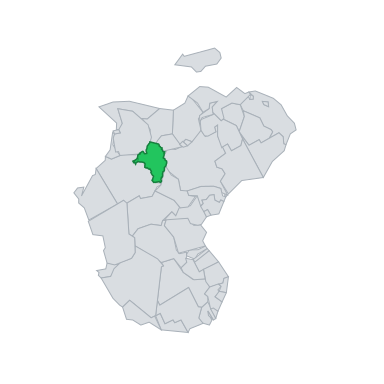 South Sudan highlighted on a map of Africa, rotated 239°
{"feature_id": "SSD", "entity_name": "South Sudan", "entity_type": "country or territory", "adm_level": 0, "iso_a3": "SSD", "parent_name": "Africa", "parent_adm1": "", "projection": "albers", "projection_center": [30.346, 7.857], "detail": "fine", "context": "in_parent", "style": "filled", "palette": "green", "viewbox_px": 384, "rotation_deg": 239, "n_neighbors": 49, "source": "natural_earth", "source_scale": "50m", "svg_char_len": 13355}
<svg xmlns="http://www.w3.org/2000/svg" viewBox="0 0 384 384"><g transform="rotate(239 192 192)"><path d="M251.9,205.1L271.7,218.2L271.9,231.7L276.3,238.0L273.3,240.0L254.7,242.5L251.5,235.2L240.2,231.5L236.1,225.1L235.0,217.9L240.3,213.8L239.0,205.8L251.9,205.1Z" fill="#d9dde1" stroke="#a8b0b8" stroke-width="1"/><path d="M104.7,97.1L104.3,102.3L93.0,101.0L92.2,109.9L88.9,109.9L88.0,116.7L73.6,116.3L89.7,94.6L104.7,97.1Z" fill="#d9dde1" stroke="#a8b0b8" stroke-width="1"/><path d="M235.0,217.9L240.2,231.5L232.7,232.1L231.3,243.5L236.0,244.8L236.3,248.5L226.8,242.8L207.9,240.8L206.6,227.5L200.5,226.1L196.4,229.7L190.6,229.8L186.6,221.9L171.2,221.0L176.6,216.7L180.2,218.5L185.7,213.6L192.1,202.6L195.8,185.9L199.3,183.0L209.9,186.9L221.7,182.6L228.0,182.7L231.8,186.2L236.5,185.0L241.8,193.8L237.0,199.6L235.0,217.9Z" fill="#d9dde1" stroke="#a8b0b8" stroke-width="1"/><path d="M280.2,207.3L277.6,191.2L281.6,185.8L291.8,182.7L301.6,171.3L286.7,167.6L282.5,162.6L284.5,159.3L289.9,162.9L312.9,156.1L309.8,170.7L302.0,185.1L280.2,207.3Z" fill="#d9dde1" stroke="#a8b0b8" stroke-width="1"/><path d="M271.7,218.2L251.9,205.1L255.9,194.7L252.1,186.3L256.7,181.6L267.1,188.4L280.7,187.0L277.6,191.2L280.2,207.3L271.7,218.2Z" fill="#d9dde1" stroke="#a8b0b8" stroke-width="1"/><path d="M218.0,171.7L215.2,170.0L214.0,169.0L214.4,164.8L208.8,155.6L212.9,144.5L215.9,144.8L216.0,129.0L220.1,129.1L220.1,122.0L261.5,121.9L263.8,133.9L267.1,136.1L261.7,139.9L259.8,152.2L252.8,163.0L251.8,170.1L247.3,157.1L242.4,166.0L237.5,164.3L233.8,167.5L225.9,167.2L219.9,164.2L215.5,170.2L218.0,171.7Z" fill="#d9dde1" stroke="#a8b0b8" stroke-width="1"/><path d="M216.0,130.5L215.9,144.8L212.9,144.5L208.8,155.6L212.0,160.9L194.1,172.4L184.4,173.8L179.9,165.8L185.4,164.5L182.7,152.2L179.1,148.3L185.5,140.3L188.3,126.9L184.9,118.1L188.5,116.3L216.0,130.5Z" fill="#d9dde1" stroke="#a8b0b8" stroke-width="1"/><path d="M184.1,296.9L186.1,295.5L192.4,298.6L198.0,297.0L198.3,285.7L202.0,292.1L204.8,291.9L211.5,287.5L220.6,288.3L235.2,277.8L242.0,278.3L244.9,285.0L244.6,289.5L241.5,289.2L240.1,292.3L242.4,293.9L248.4,292.3L246.0,298.3L230.4,310.0L220.8,313.3L208.2,312.9L198.2,315.2L191.6,313.2L191.2,306.2L184.1,296.9ZM233.4,299.0L229.9,298.6L225.7,301.6L230.0,303.6L233.4,299.0Z" fill="#d9dde1" stroke="#a8b0b8" stroke-width="1"/><path d="M233.4,299.0L230.0,303.6L225.7,301.6L229.9,298.6L233.4,299.0Z" fill="#d9dde1" stroke="#a8b0b8" stroke-width="1"/><path d="M242.0,278.3L229.8,275.8L219.4,263.5L226.1,264.2L238.5,256.2L248.3,260.2L247.7,272.0L242.0,278.3Z" fill="#d9dde1" stroke="#a8b0b8" stroke-width="1"/><path d="M235.2,277.8L220.6,288.3L211.5,287.5L204.8,291.9L202.0,292.1L198.3,285.7L198.5,276.5L202.3,276.5L202.7,264.9L219.4,263.5L229.8,275.8L235.2,277.8Z" fill="#d9dde1" stroke="#a8b0b8" stroke-width="1"/><path d="M198.5,276.5L198.0,297.0L192.4,298.6L186.1,295.5L184.1,296.9L179.9,292.3L176.8,276.6L167.7,260.6L218.6,263.0L202.7,264.9L202.3,276.5L198.5,276.5Z" fill="#d9dde1" stroke="#a8b0b8" stroke-width="1"/><path d="M71.8,142.9L69.0,138.4L75.0,132.8L80.5,132.9L88.2,140.9L89.8,149.0L71.4,147.3L71.2,144.4L81.9,144.3L71.8,142.9Z" fill="#d9dde1" stroke="#a8b0b8" stroke-width="1"/><path d="M89.8,149.0L88.2,140.9L90.3,138.3L111.9,139.9L111.6,106.1L116.9,106.5L143.6,127.2L143.4,129.5L147.4,129.4L144.3,142.1L127.6,143.1L116.7,147.7L110.8,158.5L101.4,158.3L98.2,150.3L94.3,151.7L89.8,149.0Z" fill="#d9dde1" stroke="#a8b0b8" stroke-width="1"/><path d="M73.6,116.3L88.0,116.7L88.9,109.9L92.2,109.9L93.0,101.0L104.3,102.3L104.7,97.1L116.9,106.5L111.6,106.1L111.9,139.9L90.3,138.3L88.2,140.9L80.5,132.9L73.7,133.9L75.9,119.8L73.6,116.3Z" fill="#d9dde1" stroke="#a8b0b8" stroke-width="1"/><path d="M138.8,175.7L135.7,175.9L135.8,165.0L132.9,159.9L140.7,154.0L143.8,159.7L139.4,167.5L138.8,175.7Z" fill="#d9dde1" stroke="#a8b0b8" stroke-width="1"/><path d="M184.9,118.1L188.3,126.9L185.5,140.3L179.1,148.3L182.7,152.2L181.2,155.2L177.4,151.0L162.8,153.1L150.3,148.7L145.5,149.6L143.3,156.3L134.4,151.3L132.6,143.6L144.3,142.1L147.4,129.4L175.1,115.5L182.4,119.3L184.9,118.1Z" fill="#d9dde1" stroke="#a8b0b8" stroke-width="1"/><path d="M138.8,175.7L146.5,148.9L162.8,153.1L177.4,151.0L182.5,156.7L171.6,174.9L162.4,176.4L159.5,182.4L149.9,183.7L144.7,176.0L138.8,175.7Z" fill="#d9dde1" stroke="#a8b0b8" stroke-width="1"/><path d="M182.3,153.9L185.4,164.5L179.9,165.8L185.0,172.8L181.1,183.5L186.1,194.6L163.2,191.6L159.4,183.4L160.5,179.8L165.7,174.4L171.6,174.9L182.3,153.9Z" fill="#d9dde1" stroke="#a8b0b8" stroke-width="1"/><path d="M133.5,158.0L135.7,175.9L132.8,176.5L130.0,158.8L133.5,158.0Z" fill="#d9dde1" stroke="#a8b0b8" stroke-width="1"/><path d="M130.4,157.7L132.8,176.5L118.4,178.8L119.8,157.1L130.4,157.7Z" fill="#d9dde1" stroke="#a8b0b8" stroke-width="1"/><path d="M101.4,158.3L108.0,157.7L119.8,162.0L118.4,178.8L100.6,179.6L101.5,174.8L98.1,171.7L101.4,158.3Z" fill="#d9dde1" stroke="#a8b0b8" stroke-width="1"/><path d="M82.1,147.7L94.3,151.7L98.2,150.3L101.4,158.3L99.6,167.4L96.2,168.4L94.7,163.8L91.9,164.2L90.3,157.8L82.3,161.2L76.4,152.8L82.1,147.7Z" fill="#d9dde1" stroke="#a8b0b8" stroke-width="1"/><path d="M71.4,147.3L82.1,147.7L81.6,150.5L76.4,152.8L71.4,147.3Z" fill="#d9dde1" stroke="#a8b0b8" stroke-width="1"/><path d="M99.1,167.3L98.1,171.7L101.5,174.8L100.6,179.6L88.0,169.6L92.9,164.1L96.2,168.4L99.1,167.3Z" fill="#d9dde1" stroke="#a8b0b8" stroke-width="1"/><path d="M82.3,161.2L90.3,157.8L92.9,164.1L88.0,169.6L82.3,161.2Z" fill="#d9dde1" stroke="#a8b0b8" stroke-width="1"/><path d="M110.8,158.5L115.7,148.5L127.6,143.1L132.6,143.6L134.4,151.3L138.5,152.4L133.5,158.0L119.8,157.1L119.8,162.0L110.8,158.5Z" fill="#d9dde1" stroke="#a8b0b8" stroke-width="1"/><path d="M228.0,182.7L217.2,183.0L209.9,186.9L199.3,183.0L195.4,188.4L190.7,187.5L186.4,192.6L181.2,180.9L184.4,173.8L194.1,172.4L212.0,160.9L214.0,169.0L228.0,182.7Z" fill="#d9dde1" stroke="#a8b0b8" stroke-width="1"/><path d="M195.4,188.4L192.1,202.6L185.7,213.6L180.2,218.5L173.0,216.3L170.3,218.3L167.4,214.4L170.3,212.6L169.0,210.1L173.2,207.4L178.4,209.5L180.1,205.4L178.2,200.4L179.9,196.3L176.3,195.7L175.7,192.2L186.1,194.6L190.7,187.5L195.4,188.4Z" fill="#d9dde1" stroke="#a8b0b8" stroke-width="1"/><path d="M169.1,192.0L175.2,192.0L176.3,195.7L179.9,196.3L178.2,200.4L180.1,205.4L178.4,209.5L173.2,207.4L169.0,210.1L170.3,212.6L167.4,214.4L159.4,203.7L162.4,196.2L168.9,196.3L169.1,192.0Z" fill="#d9dde1" stroke="#a8b0b8" stroke-width="1"/><path d="M163.2,191.6L169.1,192.0L168.9,196.3L162.4,196.2L163.2,191.6Z" fill="#d9dde1" stroke="#a8b0b8" stroke-width="1"/><path d="M240.2,231.5L249.6,236.1L247.6,250.1L249.6,250.9L238.1,253.8L238.5,256.2L226.1,264.2L211.5,262.7L206.6,257.8L207.0,247.0L214.8,247.2L214.5,240.3L226.8,242.8L236.3,248.5L236.0,244.8L231.3,243.5L231.7,234.4L233.7,231.7L240.2,231.5Z" fill="#d9dde1" stroke="#a8b0b8" stroke-width="1"/><path d="M247.8,234.6L253.6,237.8L254.7,249.6L259.0,253.0L256.6,260.4L254.4,253.1L247.6,250.1L250.6,239.1L247.8,234.6Z" fill="#d9dde1" stroke="#a8b0b8" stroke-width="1"/><path d="M254.7,242.5L265.6,242.5L276.3,238.0L278.4,252.9L273.5,259.9L255.8,270.2L258.6,284.1L249.1,288.0L248.4,292.3L245.5,292.3L242.0,278.3L247.7,272.0L248.3,260.2L238.7,257.4L238.1,253.8L249.6,250.9L254.4,253.1L256.6,260.4L259.0,253.0L254.7,249.6L254.7,242.5Z" fill="#d9dde1" stroke="#a8b0b8" stroke-width="1"/><path d="M245.5,292.3L242.4,293.9L240.1,292.3L241.5,289.2L245.5,292.3Z" fill="#d9dde1" stroke="#a8b0b8" stroke-width="1"/><path d="M170.3,218.3L173.0,218.3L171.2,221.0L170.3,218.3ZM171.6,222.2L186.6,221.9L190.6,229.8L196.4,229.7L200.5,226.1L206.6,227.5L207.9,240.8L214.9,241.4L214.8,247.2L207.0,247.0L206.6,257.8L211.5,262.7L167.7,260.6L176.2,240.6L171.6,222.2Z" fill="#d9dde1" stroke="#a8b0b8" stroke-width="1"/><path d="M239.2,210.4L240.3,213.8L235.0,217.9L233.9,212.0L239.2,210.4Z" fill="#d9dde1" stroke="#a8b0b8" stroke-width="1"/><path d="M309.9,242.8L315.0,255.0L312.3,255.2L303.7,285.5L297.2,287.7L291.8,286.0L288.9,279.2L292.9,268.3L290.8,261.7L292.5,257.6L299.5,255.9L309.9,242.8Z" fill="#d9dde1" stroke="#a8b0b8" stroke-width="1"/><path d="M71.2,144.4L77.7,142.5L81.9,144.3L71.2,144.4Z" fill="#d9dde1" stroke="#a8b0b8" stroke-width="1"/><path d="M167.5,91.6L161.5,78.8L165.1,69.8L168.8,68.8L170.9,70.8L173.8,69.8L170.5,78.5L174.8,82.6L167.5,91.6Z" fill="#d9dde1" stroke="#a8b0b8" stroke-width="1"/><path d="M104.7,97.1L105.2,92.2L131.3,82.8L129.1,73.2L132.4,71.7L141.6,69.5L165.1,69.8L161.5,78.8L166.4,85.6L168.5,94.7L166.3,106.0L169.4,112.1L175.1,115.5L152.4,128.1L143.4,129.5L143.6,127.2L104.7,97.1Z" fill="#d9dde1" stroke="#a8b0b8" stroke-width="1"/><path d="M260.4,149.1L261.7,139.9L267.1,136.1L270.3,143.5L284.1,154.8L281.6,155.5L273.1,148.5L260.4,149.1Z" fill="#d9dde1" stroke="#a8b0b8" stroke-width="1"/><path d="M89.7,94.6L102.5,88.2L104.3,79.6L112.8,75.3L116.6,70.3L129.1,73.2L131.3,82.8L105.2,92.2L104.9,96.1L89.7,94.6Z" fill="#d9dde1" stroke="#a8b0b8" stroke-width="1"/><path d="M261.5,121.9L220.1,122.0L221.1,89.1L233.9,91.5L240.9,89.2L244.3,91.3L252.1,90.3L254.4,96.0L251.9,101.8L245.5,95.2L257.3,115.2L256.8,118.1L261.5,121.9Z" fill="#d9dde1" stroke="#a8b0b8" stroke-width="1"/><path d="M220.3,88.0L220.1,129.1L216.0,130.5L188.5,116.3L182.4,119.3L169.4,112.1L166.3,106.0L169.3,88.2L174.8,82.6L187.4,86.0L188.9,89.0L200.3,93.0L206.5,85.1L220.3,88.0Z" fill="#d9dde1" stroke="#a8b0b8" stroke-width="1"/><path d="M301.6,171.3L291.8,182.7L272.3,189.0L259.9,185.5L248.2,173.4L260.4,149.1L264.5,149.8L265.6,147.1L278.8,152.3L281.6,155.5L279.6,161.0L283.2,161.3L286.7,167.6L301.6,171.3Z" fill="#d9dde1" stroke="#a8b0b8" stroke-width="1"/><path d="M281.6,155.5L285.0,155.9L283.2,161.3L279.6,161.0L281.6,155.5Z" fill="#d9dde1" stroke="#a8b0b8" stroke-width="1"/><path d="M251.9,205.1L235.9,206.6L242.0,188.0L252.1,186.3L253.8,188.8L255.9,194.7L251.9,205.1Z" fill="#d9dde1" stroke="#a8b0b8" stroke-width="1"/><path d="M239.0,205.8L240.3,210.0L233.9,212.0L234.9,207.6L239.0,205.8Z" fill="#d9dde1" stroke="#a8b0b8" stroke-width="1"/><path d="M252.0,186.4L251.1,187.2L250.5,187.9L250.4,188.0L250.2,188.1L249.6,188.1L249.0,188.0L248.4,187.6L247.8,187.9L247.5,188.0L247.3,188.1L246.7,188.1L246.0,188.3L245.7,188.5L245.4,188.9L245.3,189.0L245.2,188.9L244.6,188.7L244.4,188.3L244.2,188.1L244.1,187.9L243.4,188.3L243.1,188.4L242.9,188.4L242.5,188.2L242.0,188.0L241.7,188.0L241.3,188.2L240.9,188.6L240.7,188.9L240.6,189.1L240.5,188.9L240.4,188.8L240.3,188.6L240.1,188.5L239.9,188.6L239.6,188.6L239.5,188.2L239.4,187.8L239.0,187.7L238.2,187.3L237.6,186.6L237.3,186.3L237.0,186.0L236.7,185.5L236.3,185.1L235.9,184.9L235.6,185.0L235.3,185.4L234.7,185.8L234.4,185.8L234.1,185.6L233.7,185.5L232.9,185.4L232.6,185.6L232.1,185.9L231.8,186.0L231.6,186.1L231.4,186.0L231.1,185.9L230.9,185.9L230.5,185.7L230.3,185.5L230.2,185.3L229.9,185.1L229.7,185.0L229.5,184.9L229.4,184.6L229.2,184.4L229.0,184.1L228.4,183.7L228.2,183.4L228.1,183.2L227.8,182.9L227.6,182.5L227.5,181.9L227.5,181.5L227.4,181.3L227.3,181.1L227.2,180.9L226.9,180.7L226.4,180.4L225.9,180.1L225.7,179.9L225.2,179.8L224.9,179.6L224.7,179.2L224.6,178.9L224.3,178.6L224.2,178.4L224.2,178.2L224.4,177.6L224.1,177.3L223.7,177.0L223.4,176.7L223.2,176.4L222.7,176.0L221.5,175.4L220.8,175.0L220.5,174.6L220.2,174.3L220.1,174.1L220.3,173.8L220.4,173.5L220.2,173.2L219.5,172.7L219.0,172.0L218.6,171.8L217.6,171.6L217.3,171.6L217.0,171.4L216.7,171.1L216.6,170.8L216.7,170.3L216.6,170.1L216.5,169.9L216.7,169.7L217.0,169.5L217.9,169.3L217.9,169.2L217.9,168.8L218.0,168.7L218.3,168.2L218.4,167.6L218.4,167.4L218.5,167.3L218.7,167.1L218.8,166.9L218.8,166.6L218.8,166.0L218.9,165.8L219.5,165.3L219.6,165.0L219.7,164.8L219.7,164.6L219.7,164.4L219.8,164.2L220.0,164.1L220.4,164.0L220.6,164.1L222.5,163.7L222.7,163.8L222.8,164.0L222.8,164.4L222.8,164.5L223.2,164.8L223.4,165.1L223.5,165.2L223.8,165.4L225.1,167.0L225.5,167.2L225.9,167.1L226.6,166.8L227.0,166.7L229.6,166.8L229.9,166.8L230.3,167.6L230.5,167.8L233.4,167.8L233.3,167.6L233.4,167.3L233.7,167.0L233.9,166.8L234.4,166.5L234.8,166.4L235.6,166.2L235.9,165.9L236.1,165.6L236.1,165.1L236.4,164.9L237.4,164.4L237.5,164.3L239.2,165.4L240.2,166.3L240.3,166.3L240.5,166.2L240.9,166.2L241.7,166.2L241.9,166.1L243.5,164.5L243.9,164.0L243.9,163.9L244.2,163.6L244.4,163.0L244.5,162.9L246.1,161.5L246.2,161.4L245.9,160.8L245.9,160.5L245.9,160.2L245.9,159.6L245.9,159.2L244.9,158.0L247.3,158.0L247.3,157.9L247.3,157.7L247.2,157.5L247.2,157.4L247.2,157.2L248.9,157.2L248.9,157.5L248.7,158.2L248.7,158.7L248.7,159.1L248.6,159.3L248.5,159.5L248.9,162.2L248.9,162.3L248.8,162.5L248.7,162.6L248.8,162.6L249.6,162.9L249.6,163.0L249.9,163.3L251.5,164.6L251.7,165.0L251.7,165.3L251.7,165.5L251.7,165.8L251.5,166.3L251.4,166.7L251.4,166.9L251.4,167.1L251.5,167.2L251.5,167.3L252.2,167.3L252.2,168.1L252.2,168.8L252.3,169.8L252.3,170.1L252.3,170.5L252.2,170.6L252.0,170.8L251.8,171.0L251.1,171.0L250.6,171.0L250.3,171.0L249.8,171.0L249.3,171.0L249.2,171.2L248.9,171.7L248.6,172.5L248.4,172.8L248.3,173.0L248.6,173.3L249.2,173.5L249.8,173.6L250.2,173.7L250.5,173.7L250.7,173.8L251.6,174.4L251.9,174.7L252.0,174.9L252.1,175.2L252.2,175.4L252.7,175.9L253.0,176.2L253.7,176.6L254.0,177.0L254.3,177.2L254.5,177.5L254.7,177.8L255.0,178.8L255.2,179.3L255.5,179.7L255.6,180.4L255.7,180.7L255.9,181.0L256.2,181.4L256.6,181.6L256.0,182.4L255.2,183.1L254.4,184.0L253.4,184.9L252.7,185.6L252.0,186.4Z" fill="#22c55e" stroke="#15803d" stroke-width="1.5"/></g></svg>